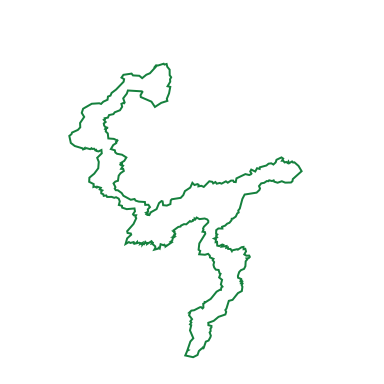 outline of Bolivar, Santander, Colombia, rotated 234°
{"feature_id": "7082276B39966756415454", "entity_name": "Bolivar", "entity_type": "district", "adm_level": 2, "iso_a3": "COL", "parent_name": "Colombia", "parent_adm1": "Santander", "projection": "equal_earth", "projection_center": [-74.199, 6.059], "detail": "fine", "context": "isolated", "style": "outline", "palette": "green", "viewbox_px": 384, "rotation_deg": 234, "n_neighbors": 0, "source": "geoboundaries", "source_scale": "gbopen_adm2", "svg_char_len": 6089}
<svg xmlns="http://www.w3.org/2000/svg" viewBox="0 0 384 384"><g transform="rotate(234 192 192)"><path d="M173.0,258.6L171.4,255.2L175.3,253.1L174.4,251.2L171.9,250.9L171.7,250.1L172.1,248.3L175.1,245.7L176.9,236.0L174.3,233.2L175.5,231.8L177.0,232.0L178.3,230.2L178.5,226.4L180.7,225.7L181.4,220.8L183.0,219.8L184.2,216.9L186.3,216.8L186.5,214.2L188.3,214.4L190.5,212.3L189.2,204.5L191.5,203.2L192.8,200.5L194.1,201.6L195.2,201.0L196.2,198.1L199.2,197.7L196.6,193.2L196.9,186.8L194.6,183.1L193.9,179.4L198.0,171.4L197.7,169.9L194.9,167.4L195.8,163.7L198.3,160.9L201.7,162.7L202.6,162.0L202.4,158.8L199.0,153.3L199.8,146.7L198.4,143.9L199.7,142.4L200.8,142.0L200.9,143.3L202.2,142.7L201.9,145.0L203.9,146.0L204.5,149.1L207.3,149.2L209.1,146.6L211.6,148.0L215.5,143.3L218.2,141.3L220.1,141.4L221.7,137.9L229.3,134.3L232.5,134.5L237.0,133.0L238.3,131.4L240.2,131.5L240.9,132.9L245.1,133.6L245.5,136.1L244.6,138.7L248.3,142.3L249.2,145.2L249.1,149.2L251.1,149.9L252.4,148.3L253.8,151.7L254.8,151.0L255.8,151.8L255.6,150.3L256.2,150.1L256.4,151.1L257.3,151.2L257.0,155.5L258.5,159.2L263.3,157.3L267.0,153.8L269.1,153.2L271.1,154.1L274.4,151.6L276.3,155.9L276.1,159.4L277.2,159.9L277.3,160.7L276.7,160.1L277.5,161.9L280.9,160.0L284.5,155.8L288.9,158.3L291.7,157.8L293.1,159.2L294.0,158.7L294.3,159.8L293.2,161.7L295.7,160.0L297.4,160.0L299.3,160.9L299.4,163.3L302.2,163.1L302.0,164.3L303.0,164.7L301.6,167.7L303.0,170.1L301.2,174.2L301.9,176.3L300.5,181.8L302.0,185.6L304.8,186.7L304.4,188.8L303.7,189.2L304.0,190.1L308.2,191.4L309.9,197.1L311.8,199.8L302.9,210.6L302.1,210.7L300.6,207.3L298.9,206.4L288.9,212.3L282.6,212.0L282.2,219.5L280.2,225.6L282.2,226.4L285.3,231.4L289.8,236.2L291.9,234.4L294.0,239.2L296.1,240.5L297.1,242.6L299.6,242.6L304.1,245.8L307.8,245.6L310.5,246.7L311.3,244.6L312.4,244.5L314.3,238.9L315.6,237.4L315.1,235.5L314.5,236.0L312.8,227.7L313.7,224.0L313.4,218.6L317.0,217.7L321.0,212.8L323.3,212.7L327.1,205.4L326.0,202.2L323.2,203.4L321.4,201.5L319.5,190.8L319.4,185.2L317.9,182.7L318.6,180.1L316.3,177.9L317.2,173.3L316.7,170.2L318.3,169.1L322.3,162.8L323.4,152.9L320.8,149.3L316.1,148.9L313.6,142.0L310.0,139.6L309.3,136.2L310.6,129.9L309.6,128.4L309.5,125.7L302.9,122.8L298.1,124.2L291.8,129.0L290.5,128.9L290.6,131.1L289.9,130.8L289.5,132.4L286.5,134.8L286.5,136.4L285.5,136.5L284.5,138.3L282.5,138.3L282.4,139.2L281.2,139.0L279.8,140.2L279.2,143.4L276.3,141.7L275.4,135.4L271.2,134.3L266.3,130.1L264.3,123.7L263.9,117.4L260.7,114.8L256.2,117.1L254.0,115.2L253.6,116.4L251.6,117.5L252.1,118.3L249.0,120.7L248.3,118.9L246.0,120.4L245.7,118.8L244.2,117.8L242.3,118.9L240.8,118.3L239.6,120.6L237.9,120.4L235.3,124.1L233.0,125.7L232.4,127.5L229.7,128.8L226.9,128.1L224.5,125.2L222.0,127.2L220.4,126.3L216.5,129.1L212.5,135.8L209.9,134.5L208.7,131.2L207.4,131.2L206.0,133.1L205.1,131.6L203.6,131.5L200.5,125.9L198.4,116.5L196.7,115.8L194.4,118.1L193.2,117.7L192.6,112.3L189.0,107.7L188.6,111.5L187.0,112.2L185.8,115.3L184.9,114.8L184.3,115.9L184.3,114.1L183.5,116.2L183.8,118.1L182.9,117.5L182.1,119.4L180.8,120.4L180.4,119.7L180.1,121.3L179.6,119.8L179.5,121.9L178.6,121.1L178.9,122.2L178.0,122.6L178.9,124.9L177.6,124.9L177.0,125.9L176.3,125.2L176.0,130.3L174.8,130.3L174.0,129.0L173.6,130.1L173.1,129.5L169.7,130.3L168.5,129.7L167.5,127.6L166.1,131.2L166.5,132.2L165.2,132.6L168.2,135.9L165.8,137.6L165.7,138.5L164.7,138.4L164.0,139.5L163.4,138.9L163.2,146.0L164.3,145.4L164.3,147.4L166.0,149.4L166.0,151.2L166.8,150.3L166.7,151.4L167.5,151.5L167.8,152.3L167.1,152.6L167.9,153.9L170.0,154.0L170.3,153.1L170.3,154.0L171.2,153.8L170.8,154.6L171.8,154.7L171.8,160.4L170.8,162.4L171.3,163.3L170.7,166.6L169.2,168.4L169.7,173.3L168.6,173.7L168.1,175.8L168.8,176.4L168.1,177.7L168.9,178.4L167.9,178.6L168.6,180.7L165.7,182.1L163.1,186.7L160.8,188.2L159.0,188.2L157.8,187.2L156.9,181.2L155.9,179.4L154.7,179.1L153.7,177.2L151.9,178.9L150.4,178.2L146.1,167.7L141.4,163.4L139.5,164.0L137.4,161.2L133.6,165.6L132.5,168.7L130.1,169.0L128.5,168.1L125.3,170.1L124.8,168.7L122.3,168.7L120.4,166.5L117.9,165.6L115.2,165.6L113.3,167.7L109.9,166.5L109.1,167.0L106.9,163.7L103.3,164.7L100.2,161.0L97.5,161.0L97.6,159.8L95.8,157.8L96.5,157.1L96.9,153.3L94.5,144.3L94.9,138.4L95.6,137.6L94.7,136.7L95.0,135.4L91.8,133.3L91.6,132.1L93.6,131.6L94.1,130.6L95.1,124.2L96.4,121.8L96.0,118.7L95.3,119.2L94.0,117.2L89.1,117.3L88.4,114.7L86.8,114.8L86.1,112.6L84.7,113.1L81.2,109.0L72.9,107.1L72.0,102.8L66.9,95.6L66.2,96.1L66.3,94.8L63.7,90.5L57.7,95.8L56.9,100.7L59.3,104.1L59.7,108.1L59.0,109.1L59.7,109.6L59.2,110.1L62.8,115.2L62.1,118.1L63.7,121.5L64.7,122.8L68.0,123.7L68.5,125.3L70.7,126.7L71.0,128.1L72.2,129.0L74.6,127.0L76.6,128.3L75.0,133.8L75.4,140.1L73.3,147.0L74.9,149.2L76.9,149.6L77.4,151.3L82.3,157.8L80.9,161.4L83.2,169.7L82.6,174.1L85.7,177.1L87.4,177.4L88.2,178.9L89.2,178.0L89.8,179.7L91.0,178.8L91.3,180.2L92.1,179.7L92.8,180.6L95.6,178.9L97.1,179.8L99.5,183.1L100.0,185.6L99.2,188.9L100.6,191.6L104.4,194.7L105.0,197.0L106.2,197.1L105.2,199.0L105.5,200.6L106.9,200.9L108.6,198.5L110.8,197.6L112.2,200.8L114.7,201.7L115.4,200.1L117.3,201.4L118.2,199.6L118.4,195.2L119.2,194.9L121.1,190.3L120.7,189.5L123.3,189.7L124.7,187.8L126.1,188.5L126.7,186.9L128.0,188.2L130.2,184.1L130.9,186.2L131.7,185.6L132.3,182.2L133.8,180.9L136.9,182.9L137.5,181.6L139.6,183.5L141.3,182.6L140.6,185.6L142.2,185.6L142.8,187.5L144.0,186.9L146.9,189.2L147.0,191.9L144.6,195.1L146.2,195.9L145.3,199.1L145.7,201.8L145.1,204.2L145.9,207.3L147.0,208.4L146.4,209.5L146.4,213.0L148.1,216.0L148.0,217.7L149.8,218.5L150.5,220.9L156.8,228.7L159.0,233.1L153.5,243.9L154.0,247.7L154.9,249.1L157.4,249.7L158.3,253.1L157.0,255.8L156.9,258.9L155.8,260.2L156.1,261.3L153.8,263.2L153.4,264.9L152.0,264.6L149.2,266.7L147.9,271.0L144.8,272.9L141.5,277.7L141.7,279.6L143.2,281.2L144.4,292.9L150.5,293.5L155.8,292.3L156.4,291.1L157.9,290.9L158.2,287.4L160.0,287.9L159.4,286.4L160.9,285.9L161.5,284.3L163.7,284.2L164.4,283.2L165.4,285.4L167.4,284.7L168.4,279.3L166.8,277.1L166.4,274.0L168.6,273.0L169.9,270.6L169.7,267.8L172.1,261.4L170.9,260.3L173.0,258.6Z" fill="none" stroke="#15803d" stroke-width="2"/></g></svg>